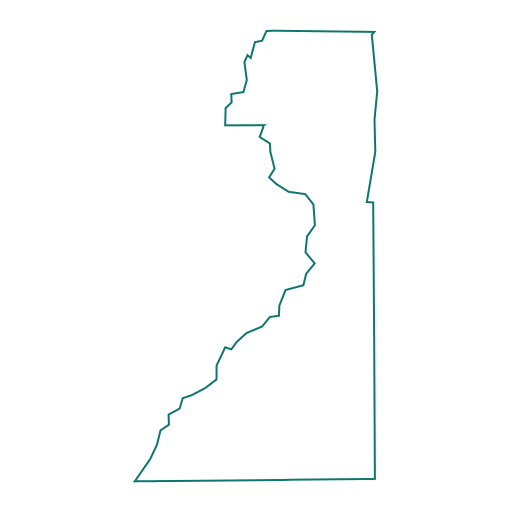 Dunklin, Missouri, United States of America
{"feature_id": "52423323B2577811037468", "entity_name": "Dunklin", "entity_type": "district", "adm_level": 2, "iso_a3": "USA", "parent_name": "United States of America", "parent_adm1": "Missouri", "projection": "albers", "projection_center": [-90.156, 36.313], "detail": "fine", "context": "isolated", "style": "outline", "palette": "teal", "viewbox_px": 512, "rotation_deg": 0, "n_neighbors": 0, "source": "geoboundaries", "source_scale": "gbopen_adm2", "svg_char_len": 1062}
<svg xmlns="http://www.w3.org/2000/svg" viewBox="0 0 512 512"><path d="M242.9,336.3L236.6,342.1L231.3,349.3L225.2,347.3L216.6,365.5L216.5,379.4L205.0,388.2L191.8,395.1L182.7,398.2L179.6,408.6L168.6,414.5L168.9,424.7L160.5,430.4L156.9,444.9L150.1,459.2L134.8,481.3L140.0,481.2L155.0,481.2L156.8,481.1L183.8,480.9L185.8,480.9L260.5,480.2L278.5,480.0L279.1,480.1L292.0,479.7L367.3,479.0L371.5,479.1L373.9,478.9L374.6,478.9L374.9,478.9L374.2,342.9L373.2,202.5L366.8,202.0L375.3,151.9L374.5,119.9L377.2,91.3L371.8,34.7L374.3,31.9L272.4,30.7L266.4,31.1L262.1,40.7L254.9,42.2L250.7,58.0L247.5,55.2L244.4,62.0L246.8,80.0L243.4,92.1L231.3,94.0L231.6,102.4L225.6,108.1L225.2,125.3L227.1,125.3L240.4,125.3L264.1,125.2L263.0,126.0L263.3,127.1L259.7,137.0L260.2,137.3L269.9,143.5L270.4,152.2L274.6,168.7L269.1,177.4L276.3,184.0L288.6,191.8L305.2,194.1L313.4,204.4L314.9,225.2L307.0,236.5L305.5,252.4L314.7,263.4L306.2,273.7L303.4,285.2L285.6,290.0L279.3,305.7L279.0,315.7L269.9,317.0L262.1,326.5L246.7,332.9L242.9,336.3Z" fill="none" stroke="#0f766e" stroke-width="2"/></svg>